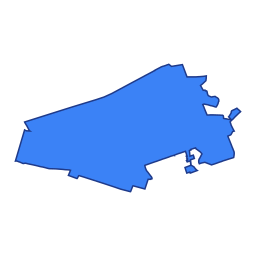 the district of Babiciu, Olt, Romania
{"feature_id": "2599482B4228575474869", "entity_name": "Babiciu", "entity_type": "district", "adm_level": 2, "iso_a3": "ROU", "parent_name": "Romania", "parent_adm1": "Olt", "projection": "robinson", "projection_center": [24.569, 44.021], "detail": "fine", "context": "isolated", "style": "filled", "palette": "blue", "viewbox_px": 256, "rotation_deg": 0, "n_neighbors": 0, "source": "geoboundaries", "source_scale": "gbopen_adm2", "svg_char_len": 5811}
<svg xmlns="http://www.w3.org/2000/svg" viewBox="0 0 256 256"><path d="M233.7,157.5L234.1,155.0L234.1,154.8L234.1,154.5L234.2,154.1L234.2,153.7L234.2,153.2L234.2,152.8L234.1,152.5L234.1,151.9L234.0,151.7L233.9,151.4L233.7,150.9L233.6,150.6L233.5,150.3L233.3,150.0L232.9,148.8L232.1,147.0L232.0,146.7L231.6,145.7L231.1,144.3L230.9,143.9L230.6,143.1L229.0,139.1L228.8,138.6L228.1,136.9L227.8,136.1L230.0,135.2L230.6,134.9L230.9,134.7L231.0,134.5L231.3,134.1L231.5,133.7L231.9,133.0L232.1,132.6L232.4,132.0L232.6,131.6L232.8,131.5L233.2,131.4L233.7,131.2L234.2,131.1L233.2,129.3L232.6,128.1L231.6,126.1L231.2,125.3L231.0,124.7L230.9,124.2L230.7,123.7L230.6,123.2L230.2,122.3L230.1,121.8L230.5,121.4L231.4,120.5L231.9,120.0L233.1,119.0L233.2,118.8L233.8,118.2L235.0,116.9L237.2,114.8L238.2,113.8L239.5,112.6L239.8,112.4L240.1,112.1L240.6,111.6L240.0,111.0L238.8,109.9L237.9,109.2L236.9,108.2L236.4,108.5L235.8,108.8L235.1,109.1L234.3,109.6L233.2,110.0L231.6,110.9L231.3,111.5L231.3,112.1L231.2,112.5L231.0,113.0L230.9,113.4L230.8,113.6L230.4,114.2L230.0,114.8L229.6,115.6L229.0,116.3L228.6,116.8L229.1,117.3L230.5,118.8L231.1,119.5L230.9,119.7L227.3,119.1L226.7,118.9L226.0,118.8L224.5,118.6L224.1,118.5L223.6,118.4L223.5,117.1L223.4,116.4L223.3,115.8L222.7,115.3L222.3,115.2L221.2,115.2L219.7,115.1L213.2,114.9L211.6,114.9L210.2,114.9L208.6,115.0L207.1,115.0L205.7,111.7L205.0,110.0L204.4,108.5L203.7,106.6L203.5,106.2L203.1,105.2L202.8,104.5L203.4,104.3L204.0,104.1L204.4,104.1L204.8,104.2L205.2,104.3L205.7,104.4L206.1,104.5L207.0,104.6L207.9,104.8L208.4,104.9L208.6,105.0L209.1,105.2L209.5,105.3L210.2,105.5L210.5,105.6L210.9,105.7L211.6,105.8L212.5,106.0L213.7,106.4L214.4,106.6L214.9,106.8L215.7,107.0L216.2,107.0L216.5,106.6L216.8,105.9L217.1,105.5L217.5,104.8L217.8,104.1L218.1,103.4L218.4,102.0L218.5,101.8L218.6,101.6L218.8,101.4L218.8,101.2L218.8,100.5L218.8,100.1L218.7,99.5L218.5,99.1L218.3,98.7L217.9,98.3L217.5,97.9L216.8,97.5L216.0,97.1L215.7,96.8L215.3,96.5L215.0,96.4L214.4,96.5L214.0,96.6L213.7,96.6L213.0,96.6L212.5,96.8L212.2,96.9L211.3,97.0L211.1,96.9L210.5,96.6L209.8,96.4L209.0,96.0L208.3,95.6L208.1,95.3L207.7,94.5L207.4,93.4L207.2,92.4L207.0,91.5L206.8,91.1L206.6,90.9L206.2,90.9L205.9,90.9L205.6,90.9L205.3,90.8L205.2,90.7L205.0,90.1L203.2,90.3L203.0,89.9L202.6,89.2L200.5,85.5L202.4,84.0L205.9,80.7L206.2,78.4L206.3,75.9L203.8,76.3L202.8,76.4L201.5,76.5L199.1,76.7L198.5,76.7L197.0,76.8L196.0,76.9L187.0,76.9L182.4,64.6L171.5,66.4L171.0,66.0L168.8,64.3L168.5,64.4L168.3,64.5L167.8,64.7L167.0,64.9L165.8,65.4L165.2,65.6L164.9,65.7L163.7,66.1L163.2,66.2L162.8,66.3L161.0,67.0L160.6,67.2L160.3,67.4L159.6,67.8L158.9,68.1L158.2,68.5L157.2,69.0L154.6,70.4L154.7,70.6L154.0,70.9L146.7,74.8L145.9,75.2L145.3,75.5L144.1,76.2L143.7,76.4L133.4,81.9L133.0,82.1L111.8,93.5L104.1,97.0L96.0,99.7L71.1,107.3L24.6,122.0L24.9,122.7L26.1,124.7L27.0,126.2L27.2,126.3L27.2,126.6L29.1,130.1L29.4,130.6L29.9,131.0L26.3,130.8L24.6,129.9L15.4,161.1L16.7,161.0L17.1,161.1L18.8,161.8L19.6,162.0L21.9,163.0L22.5,163.3L22.9,163.4L23.1,163.5L23.4,163.5L25.3,163.2L25.5,163.2L27.2,163.6L27.9,163.8L32.8,164.8L36.3,165.6L38.4,166.1L39.8,166.5L41.3,166.8L42.6,167.0L45.4,167.7L47.2,168.2L48.4,168.5L48.8,168.6L49.6,168.7L54.0,168.8L56.3,168.9L58.9,169.1L61.5,169.3L62.8,169.4L65.3,169.7L67.6,169.8L68.6,169.9L69.3,169.9L69.6,170.1L70.5,170.3L68.4,175.4L76.9,178.5L77.1,178.5L77.3,178.3L78.7,175.7L79.0,175.6L83.6,177.0L103.8,183.5L114.7,187.1L120.5,189.1L130.4,191.7L130.6,191.6L132.8,186.0L133.1,185.8L144.9,189.0L148.1,179.3L149.1,179.3L150.5,179.3L150.5,179.0L150.6,178.9L150.9,178.9L151.6,178.9L151.8,178.9L152.0,178.8L152.0,178.6L152.0,178.1L151.9,177.7L151.6,177.3L151.5,176.9L150.9,176.2L148.8,173.5L148.0,172.4L147.4,171.7L147.1,171.4L146.5,170.5L146.1,169.8L146.1,169.6L145.8,169.0L145.6,168.4L145.4,167.9L145.3,167.4L145.1,166.9L144.9,165.9L144.8,165.4L145.5,165.1L146.7,164.7L149.5,163.7L151.2,163.1L153.8,162.2L154.9,161.8L155.6,161.6L156.6,161.3L158.7,160.5L160.8,159.8L162.8,159.0L163.9,158.7L164.8,158.4L168.6,157.1L169.8,156.6L171.2,156.1L172.6,155.7L173.5,155.4L174.1,155.5L174.0,155.3L175.3,154.8L176.8,154.2L177.4,154.0L178.0,153.8L178.9,153.4L179.3,153.4L182.2,152.4L183.1,152.1L184.0,151.8L185.4,151.3L185.6,151.7L185.9,152.6L186.3,153.6L186.6,154.9L186.7,155.2L187.1,156.1L186.3,156.3L187.0,157.7L187.1,158.1L187.5,158.8L186.8,159.0L187.4,160.2L186.5,160.6L187.2,161.9L190.3,160.9L190.7,164.1L190.8,165.3L185.0,167.5L185.5,169.2L186.0,170.8L186.8,173.1L189.5,172.2L189.6,172.6L190.3,172.4L190.5,173.0L191.7,172.6L191.9,172.5L194.3,171.6L197.3,170.5L196.6,170.0L195.8,169.2L195.0,168.3L194.2,167.2L194.0,166.9L191.1,165.2L190.5,159.8L193.5,158.8L194.3,158.5L194.1,158.1L193.8,157.2L194.0,157.1L193.7,156.2L193.5,155.7L193.3,155.1L192.7,155.3L191.9,155.5L190.5,156.0L190.0,156.2L189.7,153.3L189.6,152.2L189.4,150.9L189.4,150.5L191.0,149.9L190.8,149.4L191.7,149.1L193.5,148.5L193.9,148.4L194.2,148.3L194.6,148.2L195.0,148.0L195.4,147.9L195.6,147.9L195.7,148.0L195.8,148.2L196.0,148.8L196.1,149.0L196.4,149.2L196.6,149.3L197.2,149.6L197.4,149.7L197.6,149.8L198.0,150.3L198.9,150.9L199.3,151.2L199.6,151.4L200.1,151.8L200.4,152.0L200.8,152.5L201.2,153.0L201.8,153.6L201.9,153.8L201.9,154.0L201.7,154.5L201.2,155.2L201.0,155.6L200.9,156.0L200.7,156.3L200.4,156.9L200.0,157.6L199.9,157.9L199.8,158.1L199.3,158.8L199.1,159.1L199.0,159.5L198.9,159.9L198.8,160.2L198.8,160.4L198.7,160.7L198.7,161.1L198.7,161.5L198.8,162.3L198.8,162.6L198.9,162.9L199.1,163.1L199.2,163.3L199.2,163.6L199.3,163.8L199.5,163.8L200.3,163.4L201.2,163.1L202.5,162.8L203.5,162.6L204.9,162.3L206.1,162.8L208.2,163.6L209.6,164.1L211.5,164.9L213.0,164.4L214.3,164.0L217.2,163.0L219.6,162.1L221.3,161.6L222.5,161.1L223.0,160.9L226.2,159.9L228.0,159.3L232.9,157.8L233.7,157.5Z" fill="#3b82f6" stroke="#1e3a8a" stroke-width="1.5"/></svg>